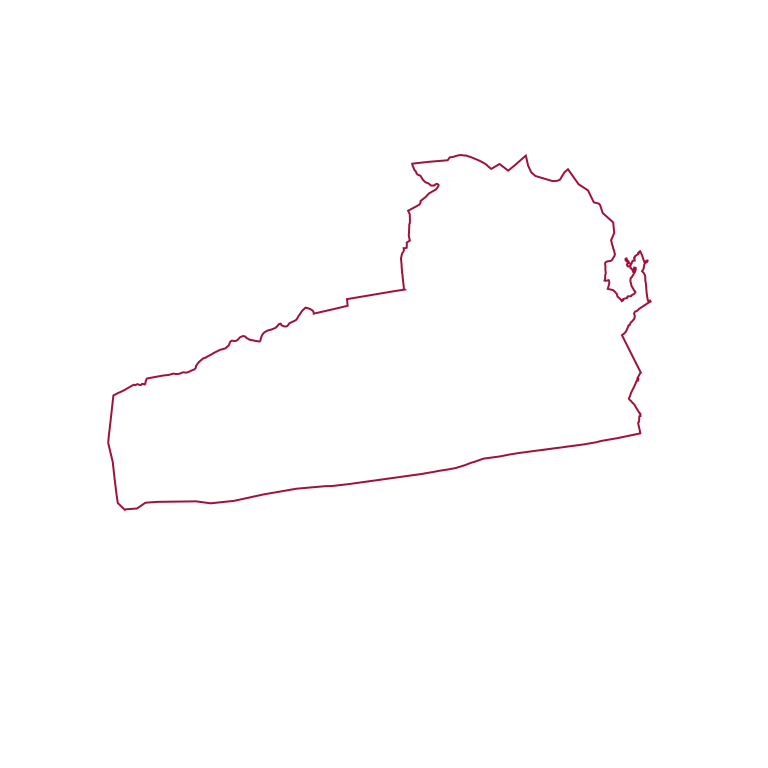 the district of Isaccea, Tulcea, Romania, rotated 149°
{"feature_id": "2599482B37451561707315", "entity_name": "Isaccea", "entity_type": "district", "adm_level": 2, "iso_a3": "ROU", "parent_name": "Romania", "parent_adm1": "Tulcea", "projection": "natural_earth1", "projection_center": [28.418, 45.256], "detail": "fine", "context": "isolated", "style": "outline", "palette": "rose", "viewbox_px": 768, "rotation_deg": 149, "n_neighbors": 0, "source": "geoboundaries", "source_scale": "gbopen_adm2", "svg_char_len": 6110}
<svg xmlns="http://www.w3.org/2000/svg" viewBox="0 0 768 768"><g transform="rotate(149 384 384)"><path d="M671.0,409.7L669.9,409.6L660.4,404.8L660.1,404.5L649.9,405.1L648.4,404.5L638.8,399.6L605.5,380.2L594.2,371.1L572.8,361.1L544.1,351.4L513.1,339.4L486.6,326.5L481.5,323.5L466.5,316.7L396.4,286.8L395.4,286.5L385.7,282.7L382.7,281.7L373.7,278.0L365.7,275.0L356.3,272.7L350.9,271.8L348.6,271.3L346.6,270.7L344.5,270.3L337.2,268.8L321.9,262.2L313.2,259.1L303.9,255.4L243.8,229.3L231.9,224.7L228.4,223.7L226.3,223.0L212.4,217.6L189.8,209.7L189.6,209.8L186.3,219.7L185.0,220.3L183.9,221.6L181.8,224.8L180.6,224.5L179.6,226.6L180.0,226.8L180.1,234.4L180.0,237.1L180.3,238.8L180.8,240.4L181.0,242.0L181.6,244.0L181.6,245.2L181.4,245.6L179.2,247.1L176.7,249.2L173.6,251.3L171.9,252.2L165.6,256.7L164.4,256.1L163.4,257.4L164.2,257.9L163.7,258.5L159.7,260.8L158.2,261.8L158.0,261.7L154.9,303.3L152.1,303.6L150.2,304.1L147.3,305.8L144.2,308.3L143.8,308.0L143.0,308.0L141.1,309.5L138.5,310.1L136.2,310.9L135.1,311.7L134.2,312.9L133.8,313.8L133.6,315.0L133.3,315.7L131.7,316.7L129.4,316.4L128.4,316.5L126.7,317.0L115.1,317.5L113.0,317.4L112.9,318.4L113.5,318.7L114.5,318.8L114.8,319.2L114.8,319.6L113.5,323.2L112.9,324.4L112.0,326.7L109.4,332.0L107.8,335.1L106.7,338.2L104.6,341.7L104.3,343.3L104.2,345.6L104.4,346.2L104.7,347.8L103.0,348.5L102.0,349.2L99.7,352.0L98.5,352.9L97.2,353.2L96.0,353.1L95.0,353.5L94.5,354.0L94.8,354.4L97.0,354.3L98.0,354.5L96.9,359.9L96.4,361.2L96.1,365.9L96.8,366.0L97.3,365.6L98.1,365.6L98.7,365.4L98.8,365.2L98.6,364.9L98.6,364.6L99.6,364.3L101.0,364.6L101.6,364.3L103.3,364.2L103.5,363.7L104.1,363.4L104.6,363.4L104.8,363.1L104.4,362.9L105.6,360.7L107.3,361.5L107.8,361.4L109.7,359.8L110.2,359.8L110.7,359.3L111.0,359.7L111.4,361.0L111.4,363.9L111.6,364.3L111.7,365.7L111.7,366.0L111.4,366.8L111.6,366.9L112.0,366.7L112.7,366.7L112.9,366.0L113.2,365.7L112.9,364.8L112.8,363.9L112.3,363.2L112.2,362.8L113.3,361.5L114.2,361.5L114.4,360.7L114.5,359.8L114.5,359.3L114.2,358.9L112.4,358.5L112.2,358.3L112.5,357.0L113.0,356.4L112.5,355.7L112.4,354.2L112.4,352.6L112.7,351.6L112.5,351.4L112.1,351.5L111.0,353.5L109.5,354.9L108.6,354.1L109.4,353.3L109.0,352.7L111.5,350.6L112.9,350.0L113.8,349.4L116.3,348.1L117.5,347.9L118.3,347.4L120.0,345.0L120.6,342.6L121.3,340.9L121.3,339.2L121.4,338.3L121.3,337.9L121.4,336.7L121.5,336.3L121.3,334.4L121.0,333.7L121.1,333.4L121.7,333.0L122.8,332.6L123.7,332.4L125.6,332.6L126.2,332.5L126.7,332.1L127.6,332.3L129.9,333.6L130.3,333.5L131.2,332.5L134.7,333.5L135.7,333.6L136.0,332.6L137.5,332.6L137.5,333.8L138.0,336.3L138.7,338.2L138.8,338.7L138.6,339.7L138.2,340.4L138.1,340.9L138.1,341.6L139.0,345.9L139.6,346.9L141.5,348.6L143.2,350.3L140.2,353.1L139.0,354.4L138.3,355.5L138.0,356.6L137.9,357.3L140.7,358.2L141.7,359.1L139.8,360.8L139.2,362.1L138.8,362.7L137.9,363.8L137.1,364.5L136.7,365.0L135.2,368.3L133.6,370.8L132.4,373.5L131.8,374.0L131.3,374.2L129.9,374.1L128.9,373.9L126.6,372.9L125.5,372.7L124.4,373.0L121.5,374.6L120.8,374.8L120.3,375.4L119.2,376.2L118.7,378.2L117.9,380.3L117.7,382.4L116.9,384.5L116.7,386.0L116.3,387.3L115.8,388.3L115.4,390.2L108.9,394.8L104.3,404.5L108.5,417.9L106.6,426.1L107.0,428.0L110.6,431.7L109.4,444.9L114.3,454.9L115.7,473.3L120.3,472.5L128.0,468.5L130.7,468.9L135.0,471.1L147.0,484.2L148.8,489.7L148.0,497.0L144.8,506.7L159.5,504.1L167.6,502.9L167.7,503.0L168.7,505.6L171.5,512.7L171.8,513.1L180.9,513.1L181.4,513.3L182.7,517.1L183.3,519.3L184.3,521.5L185.8,524.0L187.7,527.0L192.5,533.5L193.6,534.8L194.9,536.1L195.8,537.5L197.4,538.4L200.1,540.6L202.2,541.6L205.9,542.7L207.1,542.8L210.9,544.4L214.2,543.0L231.0,551.3L246.3,558.3L246.7,557.7L247.2,555.6L247.3,553.9L247.7,552.0L247.3,549.7L247.6,547.4L247.5,546.7L246.7,545.1L245.8,544.3L245.5,543.8L245.5,539.8L245.2,537.8L244.7,536.1L244.2,535.0L242.5,532.9L241.6,530.3L241.2,529.6L240.1,529.1L238.9,528.3L236.6,528.6L235.9,528.5L235.4,528.1L234.9,527.4L234.7,526.6L234.8,526.3L235.2,525.9L237.9,524.4L239.2,524.0L247.5,524.2L251.6,522.9L258.1,522.1L258.4,522.0L259.1,520.9L259.6,520.4L260.4,519.9L261.3,519.6L264.1,519.6L274.1,520.1L274.5,516.3L277.2,511.4L278.9,508.7L280.0,507.9L280.5,507.2L281.0,506.4L284.9,500.4L286.0,499.1L287.0,496.7L288.0,493.6L291.7,493.5L292.4,492.1L294.4,489.1L296.4,489.8L297.2,490.3L298.1,488.3L299.6,487.3L301.2,486.5L302.1,485.8L305.0,482.6L305.4,481.5L306.8,478.7L307.1,477.8L307.8,476.7L308.9,474.6L311.4,469.6L312.3,467.2L312.8,466.4L317.9,455.2L317.6,454.3L327.9,458.5L372.0,475.8L374.9,469.8L389.4,474.4L408.0,480.5L407.5,481.7L407.2,482.7L407.5,483.9L408.1,485.3L409.0,486.7L410.1,488.1L412.0,489.9L416.7,488.8L421.1,486.7L422.3,486.3L424.0,485.2L425.7,484.4L426.6,484.2L428.0,484.2L433.7,484.8L434.3,484.6L436.8,483.5L437.5,483.6L438.5,483.8L440.0,484.9L441.6,487.1L441.6,487.5L441.4,488.3L441.7,489.1L443.3,489.4L446.1,488.4L448.3,488.0L453.0,488.8L454.9,489.5L456.3,489.8L459.8,489.9L460.8,489.7L462.3,489.2L463.8,488.3L465.9,486.7L467.7,484.8L468.2,484.6L468.6,484.5L469.1,484.7L469.8,485.3L472.6,487.7L476.3,491.3L476.4,491.2L478.3,494.7L478.4,495.8L478.6,496.0L478.8,496.5L479.5,497.3L480.3,497.7L481.2,497.9L482.8,498.2L483.7,498.1L486.0,497.4L487.3,497.2L488.7,497.2L489.2,497.4L492.0,499.4L493.4,499.6L494.1,499.3L495.3,498.6L496.2,497.7L496.9,497.3L497.8,496.9L499.1,496.8L500.9,496.3L501.8,496.3L506.9,497.7L510.7,498.0L512.1,498.2L512.4,498.1L514.1,498.3L516.3,498.2L520.9,498.5L523.0,498.4L524.7,498.9L525.8,499.0L529.7,498.5L530.6,498.2L531.0,498.3L533.6,497.3L535.9,496.2L536.2,495.7L536.7,495.2L537.6,494.5L539.0,494.2L542.2,494.7L544.8,494.9L547.3,495.4L548.1,495.9L550.1,497.4L550.8,497.7L553.6,498.0L556.2,499.1L557.2,499.7L559.2,501.4L564.3,502.8L568.4,504.8L584.3,510.8L584.5,510.8L586.1,509.7L587.2,508.7L588.6,507.0L589.3,507.2L589.5,507.0L590.7,508.3L591.2,508.7L591.5,508.7L592.4,508.3L592.8,508.3L593.3,508.6L594.0,509.2L595.3,510.7L595.6,510.9L597.8,511.1L598.6,512.1L599.5,512.3L606.4,512.5L608.5,512.4L612.2,512.7L618.4,513.4L621.9,513.5L639.3,490.7L646.0,482.1L650.8,475.5L656.7,456.8L663.2,442.7L669.8,427.9L673.5,419.1L671.0,409.7Z" fill="none" stroke="#9f1239" stroke-width="2"/></g></svg>